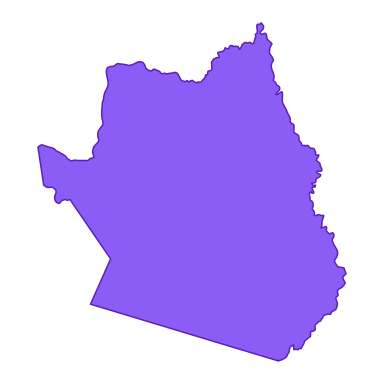 La Campa, Lempira, Honduras
{"feature_id": "27666195B33699186297111", "entity_name": "La Campa", "entity_type": "district", "adm_level": 2, "iso_a3": "HND", "parent_name": "Honduras", "parent_adm1": "Lempira", "projection": "equal_earth", "projection_center": [-88.545, 14.476], "detail": "fine", "context": "isolated", "style": "filled", "palette": "violet", "viewbox_px": 384, "rotation_deg": 0, "n_neighbors": 0, "source": "geoboundaries", "source_scale": "gbopen_adm2", "svg_char_len": 5860}
<svg xmlns="http://www.w3.org/2000/svg" viewBox="0 0 384 384"><path d="M335.7,263.8L334.6,261.6L334.5,260.9L335.1,259.3L336.5,257.4L337.0,256.1L337.5,254.1L337.7,252.1L336.9,249.8L333.8,244.4L332.8,242.1L332.3,240.4L332.3,239.6L334.0,236.2L334.0,235.2L333.6,234.0L333.1,233.0L332.8,232.8L329.3,233.7L328.5,233.2L327.1,231.7L326.3,230.4L326.2,229.7L326.6,228.8L326.7,228.1L326.4,227.1L326.0,226.5L323.3,227.3L321.1,227.7L321.1,227.4L321.6,226.2L322.0,224.3L322.0,221.7L322.2,220.5L323.5,216.9L323.7,216.1L323.7,215.6L323.1,215.2L322.4,215.6L321.8,215.7L319.9,214.9L318.5,214.6L315.3,215.7L314.6,215.5L314.4,215.0L314.4,213.6L314.2,211.7L312.8,209.7L312.2,208.4L312.3,207.9L312.8,207.1L313.1,206.2L313.2,204.4L313.0,203.2L312.1,201.5L311.4,200.9L310.4,200.7L310.1,199.7L310.0,197.5L309.3,193.9L309.4,193.3L310.1,192.3L311.0,191.8L311.3,192.0L311.5,192.8L312.1,193.3L313.6,193.0L313.8,192.4L313.6,191.6L312.2,189.0L312.1,187.8L312.3,187.5L315.1,186.8L315.5,185.9L315.4,185.4L315.1,185.1L314.0,185.4L312.8,185.1L311.9,183.9L311.7,183.3L312.2,183.0L314.3,183.0L315.4,182.3L315.8,181.8L316.0,179.6L316.3,178.7L319.0,177.2L320.1,176.3L320.6,175.5L320.8,174.9L320.5,174.6L318.0,173.5L317.0,172.7L316.8,172.1L317.1,171.4L318.0,171.1L320.6,171.3L321.5,170.9L321.9,170.2L321.9,169.7L321.7,168.8L320.1,165.3L319.9,163.2L317.5,161.4L316.9,160.8L316.6,160.3L316.9,158.9L318.3,156.8L318.8,155.3L318.1,154.8L316.6,155.3L315.8,155.1L315.5,153.9L315.7,152.6L314.2,149.0L313.5,148.5L313.0,148.3L311.3,148.3L310.3,148.0L309.6,147.5L308.3,145.8L307.5,145.4L307.0,145.4L305.9,145.9L304.7,145.4L303.4,145.4L302.5,145.7L302.0,145.5L301.6,144.4L301.4,143.2L299.7,141.1L299.1,140.1L298.8,136.3L298.5,135.5L297.5,134.6L295.3,133.4L294.4,132.6L293.9,131.8L293.8,131.0L294.1,126.1L293.9,125.1L293.3,124.2L291.2,123.1L290.3,122.3L290.1,121.3L290.3,119.0L289.8,117.3L287.2,112.2L286.3,109.8L282.6,102.9L282.3,101.4L282.5,93.6L282.1,92.3L281.7,91.7L277.3,94.5L276.6,94.7L276.1,94.5L276.1,94.1L276.3,93.5L279.5,90.1L279.7,89.1L279.7,88.0L279.6,87.2L279.2,86.6L276.9,85.2L275.7,82.7L275.0,81.9L273.8,81.0L273.2,80.1L274.0,78.2L273.9,75.4L273.5,73.6L271.8,69.2L271.2,66.1L271.9,62.6L272.1,62.2L272.6,61.8L273.1,61.1L273.3,60.6L273.3,59.9L273.0,58.9L272.3,57.3L270.0,54.0L269.6,53.0L269.5,51.9L269.8,48.0L271.3,44.9L271.8,44.2L271.9,43.8L271.4,43.0L269.5,41.4L267.4,39.3L267.0,38.3L266.3,34.3L265.8,33.5L264.7,33.3L263.1,33.9L261.6,34.1L260.9,33.9L260.4,33.3L260.2,32.7L260.3,31.9L263.1,29.1L263.4,28.3L263.6,27.1L263.6,26.4L263.3,25.6L261.2,23.0L260.4,23.9L259.1,24.2L257.6,24.3L256.9,25.1L256.8,26.8L257.3,30.8L257.2,32.6L256.9,33.2L255.3,34.4L255.9,36.9L255.2,37.7L254.2,41.5L253.3,43.4L252.8,43.8L252.3,43.8L250.0,42.3L247.5,43.0L246.0,42.5L244.6,42.6L243.4,43.7L242.4,44.1L241.7,46.0L240.9,47.5L240.1,48.7L239.4,49.2L239.2,48.9L238.3,46.7L235.3,46.2L233.7,46.6L232.4,45.7L231.1,45.5L230.2,45.9L229.4,46.6L229.0,48.1L228.5,48.7L227.6,48.7L225.2,47.9L224.2,50.1L223.3,50.9L222.2,51.5L218.9,52.1L218.0,52.6L217.8,53.3L219.0,56.4L219.0,57.3L217.9,57.6L216.3,57.6L215.0,58.6L213.8,58.9L213.0,59.8L212.5,61.3L211.6,61.8L211.5,62.7L211.9,67.9L211.8,69.6L211.3,69.9L210.7,70.7L209.1,70.8L208.1,71.2L207.6,72.4L207.6,73.1L207.8,73.9L207.7,74.3L207.1,74.8L206.2,74.7L205.6,75.1L205.4,75.6L205.5,76.4L204.0,78.8L202.2,80.5L201.5,81.6L200.6,82.1L199.4,82.2L198.3,81.9L196.8,82.6L196.2,82.6L194.0,81.9L192.9,80.6L192.5,80.4L190.6,80.7L188.9,81.9L188.4,81.8L187.7,81.0L187.1,80.7L186.5,80.8L185.7,81.4L184.8,81.6L182.9,80.9L181.8,80.8L180.9,79.7L177.9,74.1L176.9,73.0L175.8,72.5L174.5,72.4L172.5,73.0L170.2,73.2L167.2,73.8L166.2,73.7L165.0,73.3L164.1,73.2L162.7,73.8L162.0,73.9L161.3,73.5L160.0,71.9L159.2,71.2L154.4,69.2L153.4,69.2L152.4,70.3L151.3,70.9L149.6,70.7L147.5,69.6L145.9,68.2L144.6,64.7L143.4,62.9L142.1,62.2L140.5,61.7L139.3,61.7L137.6,62.1L133.0,64.4L129.2,65.5L124.2,64.4L117.4,63.6L115.6,64.8L114.0,66.2L110.0,66.6L108.9,67.2L107.9,67.4L106.9,68.6L106.4,70.5L106.3,72.2L106.7,75.2L107.8,80.0L108.2,83.0L107.8,86.2L106.6,89.0L105.5,90.9L104.5,93.5L104.0,95.4L103.3,99.9L102.6,101.9L102.2,103.8L102.2,105.8L101.7,111.1L101.7,115.1L101.9,118.0L102.9,122.0L103.0,124.4L98.5,130.7L98.2,131.5L97.8,133.2L97.8,135.2L98.0,137.5L98.7,139.5L98.7,140.5L98.6,141.2L97.4,142.8L93.8,146.7L93.3,148.1L92.7,150.5L92.7,152.8L93.9,156.6L93.7,157.3L93.2,157.8L90.0,158.5L88.5,160.2L87.6,160.5L78.4,160.5L74.3,160.1L71.2,161.0L67.2,158.6L65.9,156.5L64.6,155.4L63.1,154.6L62.3,153.8L60.9,153.4L59.5,152.4L56.0,150.7L54.1,148.7L52.9,148.1L48.2,146.9L42.4,144.9L41.2,145.0L39.8,145.7L38.8,146.4L38.0,147.4L43.7,185.1L45.7,186.6L48.1,187.6L50.7,187.2L52.4,187.3L53.9,188.2L55.2,189.4L55.9,190.7L56.2,192.4L54.7,196.3L54.6,197.6L54.8,199.2L55.1,200.4L55.6,201.3L56.4,202.2L57.4,202.9L58.7,203.4L59.3,203.3L60.0,202.8L61.8,200.4L63.3,200.1L64.4,199.6L65.0,199.5L67.2,200.3L70.0,199.6L110.6,258.9L90.5,304.2L278.6,361.0L278.7,360.7L281.2,360.0L283.9,358.7L285.3,357.9L286.3,357.0L286.8,356.3L287.6,354.3L288.9,352.5L289.9,347.4L291.2,346.3L292.7,345.3L293.2,345.0L293.5,345.3L293.8,349.2L294.1,349.6L296.9,349.4L297.9,349.7L299.7,348.3L300.1,348.3L300.7,348.6L301.1,348.5L303.7,343.9L304.4,341.8L304.8,341.0L306.1,339.7L310.5,336.4L310.6,332.9L310.9,331.4L311.1,331.2L312.8,331.3L314.9,330.3L315.2,329.7L315.2,328.5L315.0,325.6L315.2,325.0L315.7,324.4L317.8,322.6L318.2,321.8L320.5,321.0L321.7,318.9L322.4,318.4L322.9,316.9L323.8,315.5L327.7,314.0L330.5,314.3L331.9,311.7L333.9,310.7L335.4,309.8L335.9,309.3L336.9,306.8L337.4,304.5L337.3,302.6L336.2,299.7L335.8,297.9L336.0,297.2L337.1,296.5L338.1,295.3L338.1,294.7L337.5,292.9L337.5,290.8L338.0,290.0L339.1,288.9L341.9,287.4L344.0,285.1L345.1,283.3L345.1,282.6L343.3,279.2L342.6,277.4L344.5,275.1L345.8,274.2L346.0,273.7L345.4,271.8L344.3,269.0L344.1,268.1L341.6,267.4L338.4,266.9L337.4,266.1L335.7,263.8Z" fill="#8b5cf6" stroke="#5b21b6" stroke-width="1.5"/></svg>